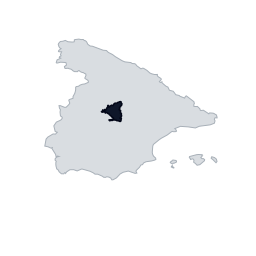 Spain, with Madrid highlighted, rotated 21°
{"feature_id": "ESP-5833", "entity_name": "Madrid", "entity_type": "Autonomous Community", "adm_level": 1, "iso_a3": "ESP", "parent_name": "Spain", "parent_adm1": "", "projection": "robinson", "projection_center": [-3.775, 40.528], "detail": "fine", "context": "in_parent", "style": "filled", "palette": "ink", "viewbox_px": 256, "rotation_deg": 21, "n_neighbors": 0, "source": "natural_earth", "source_scale": "10m", "svg_char_len": 7180}
<svg xmlns="http://www.w3.org/2000/svg" viewBox="0 0 256 256"><g transform="rotate(21 128 128)"><path d="M136.2,67.5L136.2,68.1L137.4,69.2L140.7,69.9L141.6,70.4L141.4,71.9L140.6,73.3L141.4,73.8L142.2,73.8L143.1,72.7L143.3,73.4L144.9,74.1L148.2,75.3L150.6,75.5L153.1,77.9L157.1,77.5L160.7,79.8L164.1,79.3L164.9,79.7L170.1,79.8L170.3,77.9L170.9,77.1L180.1,79.8L181.2,81.4L181.0,82.2L181.6,84.1L182.7,84.0L185.1,83.0L188.2,84.3L189.1,85.5L189.7,85.6L192.0,84.4L198.4,85.8L198.6,84.9L199.0,84.6L201.6,83.8L202.7,83.6L206.1,84.2L206.5,85.3L207.2,85.7L207.5,86.7L205.6,87.2L205.4,88.8L206.7,90.2L206.9,92.6L203.6,95.6L194.0,100.8L190.9,103.8L183.7,105.4L176.3,107.7L171.9,111.8L173.0,112.1L174.4,113.5L174.0,114.2L172.0,115.1L170.3,115.4L167.1,120.5L162.7,125.7L161.1,128.1L157.6,134.2L157.6,136.0L159.4,142.1L160.4,143.7L161.9,145.1L164.6,146.2L165.3,147.4L164.3,148.5L161.7,150.4L157.0,153.0L155.1,155.0L154.7,157.0L153.3,157.9L152.8,160.6L151.0,164.5L150.9,165.5L152.4,166.9L150.9,167.8L143.7,168.1L139.3,171.1L137.1,173.8L135.1,178.7L132.6,181.7L131.5,182.2L129.8,180.9L127.7,180.7L125.7,181.1L124.6,182.2L122.9,182.7L121.3,182.2L117.7,182.0L116.2,182.0L113.7,182.9L111.6,182.3L108.0,182.0L100.3,182.7L99.3,183.0L95.9,186.3L92.1,186.4L88.7,187.8L86.4,191.0L86.0,192.8L85.3,192.3L84.8,192.5L84.5,193.8L82.2,194.6L79.5,193.6L77.4,191.9L76.2,191.8L74.4,189.3L73.6,187.7L73.0,186.0L73.0,184.8L71.4,184.1L71.0,182.5L72.2,180.4L73.8,179.3L72.3,179.4L71.2,180.7L69.9,178.6L64.3,174.4L64.6,173.0L63.7,174.1L63.0,174.4L60.1,174.2L56.8,174.7L55.5,167.7L56.4,165.2L60.2,160.4L62.5,159.7L63.5,157.3L61.3,157.4L58.0,152.6L59.0,148.2L62.3,144.8L62.9,143.5L63.1,142.2L62.4,141.4L60.6,140.9L58.8,137.4L58.4,135.2L56.8,133.9L55.6,131.8L56.7,131.4L61.5,131.4L62.7,130.9L63.5,129.4L64.5,127.0L64.7,125.6L62.9,123.5L62.8,123.0L63.1,122.4L66.0,120.0L65.4,118.3L65.9,114.7L65.7,112.6L65.4,110.9L64.5,108.6L65.1,107.7L66.7,106.9L67.9,105.1L69.6,103.6L71.9,102.3L74.6,99.6L74.2,98.5L73.3,97.8L70.1,97.2L69.8,96.7L69.9,93.8L69.1,92.6L67.9,92.7L66.1,92.2L65.6,92.6L63.3,92.5L61.7,91.9L61.0,92.4L60.8,93.4L58.0,94.5L56.5,94.4L54.0,93.5L51.2,93.8L50.8,93.6L48.4,94.8L47.6,94.8L46.6,93.4L48.0,91.3L46.8,89.3L46.1,89.3L41.5,90.7L38.9,92.6L37.8,92.9L37.5,92.5L37.4,89.8L40.2,86.9L38.5,86.7L38.6,85.9L39.7,84.6L38.6,83.6L38.7,80.6L36.2,81.6L35.6,81.4L35.6,80.3L37.1,77.9L35.6,77.7L34.4,76.8L32.9,74.9L32.9,73.9L33.8,71.5L36.0,70.4L38.1,68.7L41.0,69.0L45.3,67.7L46.8,66.9L46.8,65.9L46.3,65.2L46.7,64.5L50.3,62.6L52.4,62.3L54.5,61.4L55.9,62.0L57.2,61.8L58.6,62.5L60.5,64.3L63.3,65.0L65.5,64.4L76.9,64.3L80.1,63.4L82.6,64.5L87.4,65.0L90.4,65.9L98.4,67.3L101.3,67.4L107.2,65.9L108.8,66.3L111.1,65.6L112.3,65.7L113.7,66.7L118.9,68.1L120.2,66.9L121.2,66.7L125.0,67.4L128.7,68.8L130.7,68.9L133.5,68.6L136.2,67.5ZM206.6,129.6L208.0,130.1L209.4,129.6L210.1,129.8L210.9,130.1L211.1,131.2L208.2,136.5L205.8,138.0L203.3,136.8L201.9,136.6L201.5,136.1L201.1,134.4L200.4,133.8L199.5,133.6L197.6,135.0L197.0,134.0L196.1,133.9L195.7,133.3L195.7,132.6L201.5,128.4L203.2,127.5L206.7,126.4L207.3,126.6L206.8,127.2L207.3,127.8L206.6,129.6ZM223.1,127.4L222.6,128.9L218.1,126.9L216.7,126.6L216.4,126.3L216.5,124.8L219.4,124.6L221.7,125.4L223.1,127.4ZM182.9,144.6L182.4,145.7L180.2,145.3L179.7,144.9L180.2,143.7L180.8,143.5L180.8,142.7L181.4,141.8L184.5,141.1L185.2,141.7L185.4,142.5L183.6,144.4L182.9,144.6ZM185.1,148.9L184.7,149.1L182.4,148.9L182.3,148.2L182.8,147.2L183.7,148.2L185.0,148.4L185.1,148.9Z" fill="#d9dde1" stroke="#a8b0b8" stroke-width="1"/><path d="M118.7,123.2L118.5,123.3L118.6,123.5L118.6,123.8L118.8,124.0L118.7,124.4L118.6,124.5L118.4,124.7L118.1,124.8L117.4,124.8L117.4,124.6L117.1,124.4L116.5,124.6L115.6,125.0L115.1,125.1L114.9,125.2L114.7,125.1L114.5,124.9L114.0,125.1L112.6,125.1L112.4,125.2L112.3,125.4L112.3,125.5L112.2,125.6L111.6,125.7L111.5,125.8L111.4,125.8L111.0,126.0L110.8,126.1L110.7,126.1L110.7,126.4L110.7,126.5L110.3,126.6L110.0,126.8L109.8,126.9L109.6,126.9L109.4,126.9L109.3,127.0L109.2,127.1L108.9,127.4L108.6,127.6L108.3,127.8L108.1,127.7L107.6,127.5L107.4,127.3L107.4,127.2L107.5,127.1L108.6,126.7L108.8,126.7L109.0,126.4L109.4,126.3L109.6,126.1L110.2,125.5L110.4,125.4L110.5,125.3L110.7,125.2L110.8,125.2L111.0,124.9L111.1,124.5L111.1,124.4L111.1,124.2L110.9,124.0L110.2,123.7L109.9,123.6L109.7,123.6L109.2,123.6L108.9,123.5L108.6,123.2L108.4,123.1L108.2,123.1L107.9,123.0L107.8,122.9L107.7,122.8L107.0,122.6L106.5,122.4L105.8,122.2L105.6,122.1L105.4,121.9L105.2,121.7L104.8,121.5L104.7,121.5L104.4,121.7L104.2,121.7L103.7,121.6L103.3,121.2L103.2,121.1L102.7,121.3L102.3,121.3L102.1,121.4L102.1,121.5L101.8,121.9L101.8,122.0L101.6,122.1L101.4,122.1L101.2,121.9L100.9,121.8L100.8,121.6L100.7,121.4L100.6,121.2L100.7,120.9L100.6,120.7L100.4,120.6L100.2,120.9L100.1,121.0L99.6,121.5L99.4,121.8L99.2,122.0L98.8,122.1L98.6,122.2L98.5,122.3L98.4,122.4L98.3,122.5L98.1,122.5L97.9,122.5L97.5,122.3L97.7,122.0L97.8,121.4L98.0,121.1L98.1,120.8L98.1,120.7L98.0,120.4L98.0,120.2L98.3,120.2L98.5,120.4L98.5,120.5L98.8,120.5L99.0,120.4L99.3,120.2L99.4,119.9L99.5,119.8L99.5,119.6L99.5,119.2L99.8,119.0L99.9,118.9L100.0,118.9L100.2,119.0L100.3,119.0L100.5,118.9L100.9,118.9L101.0,118.8L101.0,118.7L101.1,118.1L101.2,117.9L101.1,117.6L101.1,117.4L101.1,117.2L101.1,116.9L101.1,116.6L101.2,116.4L101.3,116.3L101.5,116.2L101.6,115.9L101.6,115.7L101.5,115.4L101.6,115.2L101.8,115.2L101.9,115.4L102.0,115.5L102.5,115.5L102.7,115.4L102.9,115.4L103.0,115.4L103.2,115.2L103.2,114.9L103.2,114.6L103.3,114.1L103.7,113.6L103.8,113.5L104.3,112.7L104.5,112.6L104.8,112.5L105.1,112.5L105.3,112.6L105.7,112.5L105.8,112.5L105.8,112.4L106.0,112.1L106.1,111.9L106.1,111.5L106.1,111.4L106.2,111.2L106.3,111.1L106.3,110.8L106.3,110.6L106.3,110.3L106.5,110.0L106.7,109.8L106.9,109.6L107.0,109.5L107.1,109.4L108.3,109.0L108.5,108.9L108.8,108.6L108.9,108.4L109.0,108.3L109.1,108.0L109.2,107.9L109.4,107.7L110.0,107.3L110.3,107.1L110.6,106.8L110.6,106.6L110.8,106.5L110.9,106.4L111.3,106.1L112.0,106.0L112.1,106.3L112.6,106.8L112.7,107.0L112.9,107.1L113.0,107.2L113.3,107.4L113.5,107.4L113.7,108.0L113.9,108.6L113.9,108.8L113.9,109.0L113.7,109.3L113.5,109.8L113.5,110.0L113.4,110.1L113.3,110.4L113.3,110.5L113.4,110.8L113.2,111.0L112.9,111.7L112.9,111.8L112.8,112.0L112.7,112.2L112.7,112.3L112.8,112.5L113.2,112.6L113.3,112.7L113.4,112.9L113.4,113.0L113.4,113.3L113.5,113.4L113.5,113.5L113.4,113.6L113.3,113.9L113.2,114.0L113.3,114.1L113.5,114.3L113.8,114.3L114.0,114.3L114.1,114.2L114.3,114.3L114.5,114.6L114.7,114.8L114.8,114.9L115.0,114.8L115.1,115.2L115.1,115.7L115.2,115.8L115.4,116.0L115.6,116.2L115.6,116.3L115.6,116.5L115.6,116.8L115.8,116.8L115.9,116.7L116.0,116.6L116.3,116.7L116.4,116.8L116.5,116.9L116.8,117.1L116.9,117.3L116.9,117.7L116.9,118.2L116.9,118.3L117.0,118.4L117.3,118.5L117.5,118.6L117.7,119.0L117.7,119.3L117.7,119.6L117.6,119.8L117.6,120.0L117.5,120.3L117.3,120.4L117.2,120.6L117.2,120.8L117.1,121.1L117.0,121.4L117.1,121.6L117.2,121.8L117.3,121.8L117.4,121.7L117.5,121.6L117.9,121.2L118.1,121.2L118.2,121.3L118.4,121.5L118.5,121.8L118.5,122.0L118.5,122.5L118.7,123.2ZM101.7,114.0L102.0,114.6L101.1,114.6L101.1,114.2L101.4,114.0L101.7,114.0Z" fill="#0f172a" stroke="#020617" stroke-width="1.5"/></g></svg>